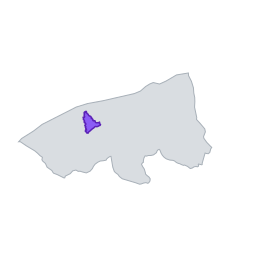 Kulu Shaw Boe, Sinoe, Liberia shown in context, rotated 125°
{"feature_id": "62588387B37465422358714", "entity_name": "Kulu Shaw Boe", "entity_type": "district", "adm_level": 2, "iso_a3": "LBR", "parent_name": "Liberia", "parent_adm1": "Sinoe", "projection": "mercator", "projection_center": [-9.008, 5.564], "detail": "fine", "context": "in_parent", "style": "filled", "palette": "violet", "viewbox_px": 256, "rotation_deg": 125, "n_neighbors": 0, "source": "geoboundaries", "source_scale": "gbopen_adm2", "svg_char_len": 4544}
<svg xmlns="http://www.w3.org/2000/svg" viewBox="0 0 256 256"><g transform="rotate(125 128 128)"><path d="M48.3,110.1L50.4,108.4L53.4,102.8L57.6,97.4L61.6,94.2L64.7,90.9L68.0,88.4L72.8,85.4L80.0,77.7L81.7,76.8L82.9,71.4L84.7,64.6L86.8,62.4L91.7,61.2L92.9,60.0L94.6,55.2L95.7,49.6L95.8,48.3L97.8,48.2L101.1,47.0L103.0,47.5L103.9,49.1L104.3,50.5L114.4,47.0L115.3,46.3L115.8,46.4L117.1,49.6L117.8,49.4L118.4,48.5L119.1,48.4L119.9,48.8L120.6,50.3L121.9,51.6L124.1,52.5L125.5,53.8L125.3,57.2L125.9,60.4L126.8,61.2L127.3,63.2L127.6,65.3L128.1,66.4L128.5,68.6L128.3,70.9L128.7,72.6L130.3,75.4L131.3,78.9L131.3,81.5L130.7,84.1L129.6,86.5L127.8,89.2L127.6,90.2L128.7,90.9L130.4,91.0L131.8,90.5L135.4,91.7L137.3,93.4L138.9,95.6L140.4,96.7L141.0,98.0L143.6,97.7L146.5,96.4L147.1,95.7L148.0,96.1L149.9,96.2L151.2,93.9L152.3,91.1L154.6,88.2L155.7,87.1L156.0,85.2L156.1,82.8L156.9,80.7L158.8,79.6L160.8,79.6L161.9,80.0L162.5,82.0L164.1,83.6L165.5,84.6L166.3,85.1L167.4,86.3L168.5,90.4L172.9,103.6L172.7,107.2L171.8,109.6L171.8,111.9L171.5,114.2L168.8,118.0L161.0,125.7L161.6,126.4L163.5,127.2L165.4,127.7L166.9,127.5L168.9,129.4L171.0,131.8L173.3,133.1L176.5,134.2L179.3,134.3L181.7,133.9L185.1,134.3L188.7,136.4L190.0,139.7L190.9,142.5L192.1,144.0L192.3,146.5L194.8,148.7L198.5,149.1L203.2,151.7L204.4,151.5L205.0,151.2L205.6,151.7L206.7,159.1L207.7,163.0L207.2,164.6L206.5,165.9L206.5,171.8L204.4,175.3L204.0,179.0L203.4,180.3L201.1,181.3L201.1,184.2L200.5,187.7L200.2,191.4L200.9,201.1L201.0,208.4L202.0,209.7L197.6,209.1L184.5,203.6L174.3,200.4L140.5,182.4L131.1,175.1L120.2,164.3L96.1,142.5L90.6,139.0L83.7,137.3L79.4,135.4L76.3,133.4L73.9,127.4L67.8,123.8L56.7,118.7L48.3,110.1Z" fill="#d9dde1" stroke="#a8b0b8" stroke-width="1"/><path d="M141.9,161.1L141.7,161.2L141.6,161.3L141.4,161.6L141.2,161.6L141.1,161.8L141.0,162.1L141.0,162.4L141.0,162.5L140.9,162.8L141.0,163.0L141.1,163.3L140.8,163.3L140.6,163.4L140.5,163.6L140.4,163.8L140.4,164.0L140.4,164.3L140.2,164.6L140.1,164.8L140.1,165.0L139.9,165.1L139.9,165.3L140.0,165.5L140.0,165.8L140.2,166.0L140.2,166.3L140.2,166.6L140.2,166.8L140.2,167.0L140.3,167.1L140.3,167.4L140.2,167.5L140.1,167.8L139.9,168.1L139.8,168.4L139.6,168.6L139.6,169.0L139.6,169.5L139.6,169.8L139.5,170.0L139.4,170.5L139.2,170.6L139.0,170.9L138.7,171.2L138.5,171.5L138.4,171.7L138.5,172.0L138.9,172.1L139.0,172.2L139.2,172.4L139.4,172.6L139.6,172.6L139.8,172.5L139.9,172.3L139.9,172.2L140.0,172.3L140.0,172.2L140.2,172.3L140.3,172.3L140.3,172.2L140.2,172.1L140.4,172.1L140.7,172.1L140.9,172.1L141.0,172.2L141.3,172.1L141.5,172.1L141.6,171.9L141.7,171.7L141.8,171.5L142.0,171.5L142.3,171.4L142.5,171.4L142.8,171.2L143.0,170.9L143.1,170.6L143.3,170.5L143.3,170.4L143.5,170.1L143.9,169.9L144.0,169.9L144.0,170.0L144.3,170.3L144.5,170.4L144.6,170.6L144.9,170.7L145.0,170.8L145.1,170.7L145.3,170.6L145.4,170.4L145.2,170.3L145.2,170.2L145.3,170.1L145.5,170.1L145.9,169.8L146.1,169.7L146.3,169.6L146.5,169.5L146.6,169.4L146.6,169.0L146.6,168.9L146.7,168.7L146.8,168.5L146.8,168.3L146.9,168.2L147.0,168.0L147.2,167.7L147.3,167.5L147.6,167.5L147.8,167.5L147.8,167.4L148.1,167.2L148.3,167.2L148.5,167.0L148.6,166.8L148.5,166.5L148.4,166.3L148.4,166.1L148.6,165.9L148.5,165.7L148.6,165.4L148.7,165.2L148.9,164.9L149.0,164.8L149.4,164.8L149.5,164.7L149.8,164.7L149.9,164.8L150.1,164.9L150.3,164.8L150.5,164.8L150.5,164.7L150.5,164.4L150.8,164.3L150.9,164.2L151.2,163.9L151.2,163.7L151.2,163.4L151.4,163.4L151.6,163.2L151.8,163.3L152.0,163.1L152.2,162.6L152.4,162.2L152.7,162.2L152.8,162.1L152.9,161.9L152.9,161.5L152.9,161.4L153.1,161.3L153.2,161.1L153.3,161.0L153.4,160.9L153.5,161.0L153.7,161.3L153.9,161.5L154.0,161.6L154.3,161.5L154.6,161.3L154.5,161.1L154.9,161.0L155.0,161.0L155.0,160.7L155.2,160.4L155.1,160.1L155.3,159.9L155.3,159.7L155.3,159.4L155.2,159.3L155.2,159.1L155.3,158.9L155.6,158.8L155.5,158.6L155.3,158.4L155.4,158.1L155.5,158.2L155.2,158.0L154.5,157.9L154.2,157.9L153.9,157.9L153.3,157.8L152.8,157.6L152.2,157.4L151.4,157.3L151.1,157.2L150.4,157.0L149.8,156.8L149.2,156.8L148.8,156.7L148.2,156.3L147.6,156.1L146.8,156.0L145.9,155.8L145.3,155.4L145.0,154.6L144.5,154.0L143.8,153.5L142.9,153.1L142.2,152.7L141.9,152.4L141.0,152.5L140.9,152.8L140.7,153.4L140.6,153.7L140.5,153.9L139.6,154.6L139.6,154.8L140.5,155.1L141.1,156.0L141.6,156.5L142.0,157.2L142.0,157.5L141.9,158.1L141.3,158.8L141.2,158.9L141.1,159.1L141.1,159.3L141.2,159.6L141.3,159.7L141.5,159.8L141.6,160.0L141.8,160.2L141.8,160.4L142.0,160.6L142.0,160.8L141.9,160.9L141.9,161.0L141.9,161.1Z" fill="#8b5cf6" stroke="#5b21b6" stroke-width="1.5"/></g></svg>